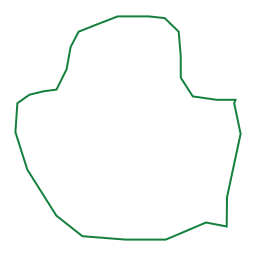 the border of York
{"feature_id": "GBR-2120", "entity_name": "York", "entity_type": "Unitary Authority", "adm_level": 1, "iso_a3": "GBR", "parent_name": "United Kingdom", "parent_adm1": "", "projection": "orthographic", "projection_center": [-1.072, 53.949], "detail": "fine", "context": "isolated", "style": "outline", "palette": "green", "viewbox_px": 256, "rotation_deg": 0, "n_neighbors": 0, "source": "natural_earth", "source_scale": "10m", "svg_char_len": 446}
<svg xmlns="http://www.w3.org/2000/svg" viewBox="0 0 256 256"><path d="M148.7,16.4L164.7,18.1L178.7,31.7L180.7,55.6L180.8,77.7L192.8,96.4L216.8,99.8L235.5,99.8L234.2,103.2L240.6,133.9L227.0,197.3L226.7,226.5L206.0,222.5L165.8,239.6L125.6,239.6L82.4,236.2L56.4,215.7L27.3,169.6L15.4,132.1L17.4,103.2L29.5,94.7L43.5,91.3L56.5,89.6L66.6,69.2L70.6,47.0L78.6,31.7L95.7,24.9L117.7,16.4L148.7,16.4Z" fill="none" stroke="#15803d" stroke-width="2"/></svg>